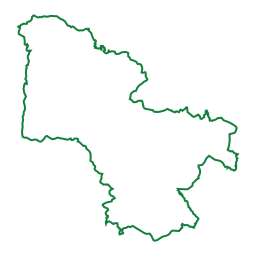 the district of Antanifotsy, Vakinankaratra, Madagascar
{"feature_id": "10022922B69082959012584", "entity_name": "Antanifotsy", "entity_type": "district", "adm_level": 2, "iso_a3": "MDG", "parent_name": "Madagascar", "parent_adm1": "Vakinankaratra", "projection": "orthographic", "projection_center": [47.552, -19.75], "detail": "fine", "context": "isolated", "style": "outline", "palette": "green", "viewbox_px": 256, "rotation_deg": 0, "n_neighbors": 0, "source": "geoboundaries", "source_scale": "gbopen_adm2", "svg_char_len": 5787}
<svg xmlns="http://www.w3.org/2000/svg" viewBox="0 0 256 256"><path d="M33.6,15.4L31.9,17.2L31.9,18.8L31.4,19.9L29.6,21.5L27.4,21.9L26.7,23.9L23.5,23.7L22.3,24.5L21.0,24.7L20.2,26.1L18.9,26.2L18.2,26.7L18.6,27.2L19.5,27.1L20.0,27.6L19.8,29.1L18.7,31.7L18.8,34.0L24.1,37.0L24.7,40.5L24.7,44.3L25.9,45.0L27.1,44.1L27.9,45.6L27.3,46.3L27.6,46.8L27.2,47.1L26.6,48.6L26.5,49.5L26.7,50.4L27.0,50.7L30.5,50.7L29.2,52.3L28.8,54.3L27.8,55.9L27.8,58.1L28.9,61.1L28.0,64.7L27.8,65.2L27.0,65.1L26.4,65.7L26.7,68.1L26.2,68.8L25.9,72.4L26.3,76.9L25.4,78.6L25.4,79.4L26.5,80.4L26.8,84.0L26.0,83.8L25.5,83.1L24.8,83.6L24.3,84.7L23.5,88.7L24.4,93.3L26.0,96.4L23.8,101.0L23.9,102.8L24.7,105.4L25.0,108.3L24.7,110.2L23.7,112.2L23.6,114.8L22.9,116.2L22.7,117.3L23.1,119.8L22.3,124.2L22.7,126.1L22.0,132.5L22.6,136.7L24.7,137.7L27.0,137.7L30.8,140.0L31.9,140.2L34.5,139.5L36.9,139.8L38.9,141.3L40.5,141.6L41.3,141.5L42.3,140.7L43.0,139.7L44.2,138.8L45.4,136.7L46.6,136.0L47.1,136.0L49.3,137.6L52.3,139.2L54.8,138.8L57.4,137.6L67.1,139.6L68.1,139.6L70.5,138.4L71.2,139.1L71.4,140.0L72.4,140.1L73.1,139.9L74.3,138.7L76.7,138.5L77.7,138.8L78.1,139.5L77.7,141.6L79.1,141.8L83.5,146.0L84.3,145.7L86.0,146.6L86.2,148.4L89.5,151.4L90.5,153.6L90.7,157.0L90.4,160.8L90.7,161.2L91.8,161.6L92.7,162.3L93.6,164.9L95.1,166.2L95.2,167.1L94.6,168.6L94.7,169.3L95.7,170.6L97.6,171.8L99.0,173.2L102.3,173.9L101.8,175.0L101.4,176.6L101.6,177.7L100.2,181.6L100.3,182.3L103.7,184.7L105.1,184.4L106.0,184.6L106.7,184.4L107.2,184.9L108.2,184.6L110.8,187.7L112.6,188.9L111.0,189.7L109.7,190.9L109.4,191.6L109.6,192.7L109.4,193.6L110.8,195.4L113.1,196.4L114.2,197.3L114.7,198.3L112.1,199.6L111.8,201.2L111.4,201.4L106.6,202.5L103.1,204.2L102.7,205.2L104.1,207.0L107.3,208.4L108.1,209.4L108.1,210.3L106.8,211.0L105.7,212.8L106.0,214.6L108.1,216.1L107.7,217.4L107.5,217.5L107.0,217.0L106.4,217.5L106.7,219.6L105.8,222.3L106.1,223.8L106.5,222.9L107.9,221.7L109.0,221.4L110.0,221.7L113.3,224.0L113.7,224.0L114.6,223.2L117.4,223.3L117.7,224.2L117.5,226.8L118.7,227.4L119.1,228.6L120.6,229.0L120.5,230.0L119.5,231.8L119.3,233.3L119.7,234.4L123.1,233.3L123.2,233.0L122.3,232.2L122.2,231.4L122.6,229.6L123.5,228.3L126.3,227.8L128.2,226.5L130.4,227.2L131.4,226.3L132.8,226.0L144.4,233.1L146.6,233.9L149.6,233.6L151.1,235.3L153.6,240.4L155.4,240.6L157.3,240.1L161.9,237.0L167.7,235.2L169.4,233.9L171.5,231.1L173.2,230.6L178.9,231.0L180.7,229.2L181.0,228.3L181.8,228.1L182.4,227.4L182.4,226.7L181.6,225.0L182.3,223.9L184.8,225.3L185.9,225.0L188.4,225.4L189.8,226.8L191.5,226.7L193.2,227.6L193.7,227.0L194.2,227.2L194.1,226.3L195.5,224.6L195.1,223.6L196.0,223.3L197.1,220.9L198.3,219.2L198.4,218.4L195.7,216.1L195.2,214.9L193.5,214.1L192.6,211.7L190.8,210.3L190.6,209.1L189.9,208.8L189.7,207.9L188.5,207.1L188.7,206.2L187.8,204.7L187.5,201.7L186.6,201.0L185.5,201.2L185.0,200.7L184.6,199.9L184.7,198.8L182.0,195.6L182.4,194.9L182.2,194.5L181.1,194.5L180.9,193.5L179.7,194.0L179.3,192.9L179.9,192.6L179.8,192.1L179.6,191.9L179.0,192.1L178.8,190.9L177.8,190.3L178.2,189.7L177.8,188.9L185.6,189.3L188.0,189.1L192.4,185.8L192.7,183.3L197.3,178.9L198.7,178.3L198.3,176.9L199.8,173.9L200.2,171.7L199.7,169.2L198.6,167.2L198.5,165.5L202.2,164.9L204.4,162.4L206.4,158.4L209.0,155.8L214.8,159.7L220.1,160.9L222.6,162.6L225.1,166.9L226.9,166.7L227.4,167.0L227.4,167.9L228.1,167.2L228.8,167.8L229.8,167.7L230.8,169.4L233.1,169.8L233.9,170.6L235.4,170.0L236.2,167.9L236.0,167.2L236.3,166.4L236.0,165.8L235.7,166.2L235.4,166.0L236.2,164.4L235.8,162.6L236.8,161.1L236.8,158.7L237.3,158.4L236.9,158.1L236.0,155.8L236.3,155.2L237.5,154.7L237.8,154.2L234.5,153.2L233.7,152.7L232.9,151.3L232.1,151.1L230.7,151.5L229.9,150.8L228.4,150.5L227.6,149.6L228.6,147.8L228.7,146.3L229.2,144.8L229.7,140.4L229.5,134.2L234.5,132.9L235.6,131.4L236.6,128.4L236.4,127.1L233.8,125.0L229.7,122.6L223.5,120.2L221.5,117.8L217.6,118.2L216.4,119.2L214.1,120.2L212.6,120.4L212.1,120.9L210.7,120.4L209.8,120.6L209.5,119.6L209.9,118.7L208.7,117.2L208.6,116.4L207.9,115.8L208.2,113.2L206.9,112.5L207.3,111.2L206.7,110.5L206.2,110.5L205.6,111.3L205.6,112.7L206.2,113.9L203.9,115.3L204.2,117.1L201.5,119.0L200.4,118.5L200.0,116.4L199.3,116.1L198.8,115.0L198.1,114.6L197.3,114.8L196.6,115.7L194.3,116.7L193.5,116.8L192.6,116.4L191.0,114.8L187.6,112.2L187.1,107.5L186.0,107.5L185.2,108.8L183.1,110.1L182.5,110.8L181.3,109.9L180.6,109.7L179.9,110.3L179.1,112.1L176.2,111.3L175.5,112.1L175.0,112.3L172.3,111.3L171.4,110.3L170.4,110.5L167.6,108.9L164.0,110.6L160.0,111.7L157.5,112.0L154.1,111.7L153.5,111.3L153.1,110.3L145.1,108.7L143.9,107.7L143.4,106.6L142.4,101.6L141.8,100.7L138.0,100.8L136.3,102.1L133.8,102.2L132.9,101.7L132.2,100.5L129.8,99.1L130.3,97.6L130.7,94.5L131.1,93.6L133.3,91.5L136.1,90.7L137.2,87.9L139.2,85.4L142.2,83.4L143.9,81.8L146.2,80.7L147.2,79.8L147.4,79.3L145.7,76.4L145.8,73.3L145.3,72.2L143.3,72.8L141.6,72.5L142.3,68.7L142.0,66.8L141.3,65.2L140.1,64.1L137.6,63.9L136.6,62.2L135.9,61.6L133.3,60.4L130.7,59.7L129.6,57.5L128.2,56.3L128.2,53.0L126.0,52.0L122.0,52.2L119.0,53.8L116.1,54.0L115.5,53.7L114.9,51.8L111.9,51.2L110.2,51.9L109.8,51.8L108.7,50.5L108.4,50.8L108.4,52.0L107.7,53.0L106.7,53.3L105.2,52.9L103.6,51.5L103.8,50.5L105.0,50.3L104.8,48.3L104.6,47.9L103.3,47.6L103.6,46.9L103.2,46.1L100.9,46.0L100.9,46.6L101.3,47.1L100.9,48.3L101.6,49.2L101.3,49.7L99.7,48.2L98.2,48.6L94.8,47.7L94.9,47.3L96.0,47.6L96.3,47.4L95.9,46.7L94.5,45.9L95.5,44.5L94.8,43.8L95.3,43.5L95.0,43.0L95.8,41.8L95.8,40.6L94.9,40.1L94.3,40.4L93.9,40.0L92.7,37.6L91.2,33.0L88.4,30.3L89.0,29.4L88.8,28.8L85.8,28.9L82.7,30.5L81.7,30.3L78.6,30.5L76.9,29.6L73.0,26.5L72.3,26.5L71.0,27.3L69.7,25.9L67.6,25.5L65.4,21.9L64.4,20.9L63.0,19.9L60.4,18.9L57.0,16.3L50.5,15.9L47.8,16.7L43.4,16.3L41.6,17.3L40.0,16.8L38.8,17.4L37.8,17.4L33.6,15.4Z" fill="none" stroke="#15803d" stroke-width="2"/></svg>